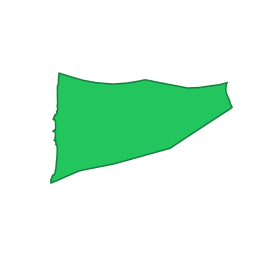 outline of Sayhut, Al Mahrah, Yemen, rotated 115°
{"feature_id": "15242507B57333459501301", "entity_name": "Sayhut", "entity_type": "district", "adm_level": 2, "iso_a3": "YEM", "parent_name": "Yemen", "parent_adm1": "Al Mahrah", "projection": "robinson", "projection_center": [51.308, 15.527], "detail": "fine", "context": "isolated", "style": "filled", "palette": "green", "viewbox_px": 256, "rotation_deg": 115, "n_neighbors": 0, "source": "geoboundaries", "source_scale": "gbopen_adm2", "svg_char_len": 3224}
<svg xmlns="http://www.w3.org/2000/svg" viewBox="0 0 256 256"><g transform="rotate(115 128 128)"><path d="M45.1,57.4L50.0,63.3L56.7,73.7L61.0,80.1L65.0,87.8L66.6,90.9L68.9,100.3L69.1,101.0L72.9,115.9L76.8,132.0L77.7,133.7L78.9,135.4L80.5,137.4L87.4,147.4L93.9,159.0L94.4,159.9L100.1,175.1L102.4,183.5L103.6,188.0L104.3,192.1L104.5,193.2L105.3,198.5L106.4,206.7L106.5,207.2L106.7,208.4L107.1,211.2L107.2,212.1L107.3,212.8L107.4,213.4L107.4,213.6L107.8,213.5L109.2,213.1L110.4,212.7L113.5,211.5L114.8,210.9L116.3,210.2L117.1,209.8L117.5,209.7L117.8,209.8L118.4,209.8L118.7,209.6L119.1,209.6L119.3,209.8L120.9,209.2L121.6,209.0L123.3,208.1L124.3,207.6L124.6,207.3L125.5,207.0L127.1,206.4L127.5,206.2L128.0,205.8L128.9,205.5L130.1,204.9L132.7,203.5L134.3,202.9L134.8,202.6L135.3,202.2L136.9,201.6L137.2,201.7L137.4,201.8L138.6,201.1L139.1,200.6L139.7,200.3L140.5,199.9L140.9,199.8L141.2,199.7L141.6,199.5L141.9,199.5L142.2,199.5L142.3,199.5L142.6,199.4L142.8,199.6L143.2,199.7L143.7,199.6L143.8,199.4L144.3,199.1L144.9,198.7L145.5,198.6L145.9,198.6L146.1,198.9L146.1,199.1L146.4,199.4L146.8,199.7L147.0,199.8L147.4,199.8L147.6,199.5L147.6,199.4L147.8,199.4L148.1,199.6L148.7,199.7L148.8,199.6L149.2,199.6L149.6,199.6L149.8,199.7L150.0,199.4L150.6,199.4L151.1,199.6L151.8,199.5L151.9,199.3L151.9,199.1L151.9,198.8L151.7,198.7L151.7,198.4L151.5,198.0L151.7,197.9L151.6,197.6L151.6,197.4L153.1,196.4L154.3,195.7L156.5,194.6L158.4,193.7L159.6,193.3L159.8,193.1L160.1,193.1L159.9,193.3L160.2,193.5L160.5,193.4L160.8,193.7L161.2,193.7L161.5,193.9L161.8,194.2L162.2,194.5L162.5,194.5L162.8,194.4L162.7,194.2L162.6,193.9L162.3,193.7L162.3,193.2L162.2,193.0L162.0,192.8L162.4,192.4L162.8,192.0L163.4,191.7L164.9,190.8L165.1,190.8L166.1,190.3L166.6,190.0L166.8,190.0L167.2,190.3L167.5,190.3L167.6,190.1L167.8,189.8L167.9,189.6L169.1,188.9L169.3,189.1L169.5,189.1L169.6,189.4L169.9,189.6L170.2,189.8L170.4,189.6L170.3,189.3L170.3,189.0L170.3,188.7L170.5,188.5L170.3,188.3L170.4,188.1L170.7,187.8L171.1,187.7L172.3,186.8L172.8,186.5L173.3,186.5L173.3,186.2L173.5,186.2L173.7,185.8L173.8,185.7L174.0,185.5L174.0,185.3L174.0,185.1L174.3,185.1L174.4,184.9L174.5,184.6L175.3,184.1L176.3,183.5L178.7,182.5L180.3,181.8L182.3,180.9L186.1,179.4L189.4,178.4L192.0,177.4L196.0,175.9L196.5,176.1L197.8,175.6L199.0,175.3L200.3,175.2L201.5,175.0L201.6,175.3L202.0,175.9L202.6,176.3L203.8,176.3L204.0,176.3L204.7,176.2L205.5,175.9L206.1,175.8L207.2,176.2L207.6,176.0L208.0,175.9L208.5,175.7L209.2,175.1L209.8,174.8L210.3,174.7L210.8,174.9L209.9,173.9L209.2,173.4L208.4,172.7L208.1,172.4L206.4,170.8L202.3,167.2L200.8,165.9L199.2,164.5L198.7,164.0L198.5,163.9L194.2,160.1L188.2,154.7L185.6,151.7L178.5,142.0L166.5,125.6L162.0,120.3L146.3,102.0L142.8,98.0L140.2,94.9L132.3,85.6L128.5,81.2L127.0,80.3L111.5,70.9L104.8,66.7L87.0,55.7L67.7,43.6L65.2,42.4L64.8,43.0L64.3,43.7L63.7,44.3L63.2,44.9L62.6,45.5L62.1,45.9L61.4,46.6L60.8,47.1L60.3,47.7L59.9,48.2L59.3,48.7L58.8,49.2L58.2,49.9L57.7,50.5L57.2,51.0L56.7,51.6L56.3,52.1L55.8,52.6L55.3,53.2L54.6,53.8L54.0,54.2L53.1,54.9L52.4,55.2L51.7,55.6L51.0,55.9L50.2,56.3L49.4,56.6L48.7,56.7L48.1,56.9L47.4,57.1L46.7,57.3L45.9,57.3L45.3,57.4L45.1,57.4Z" fill="#22c55e" stroke="#15803d" stroke-width="1.5"/></g></svg>